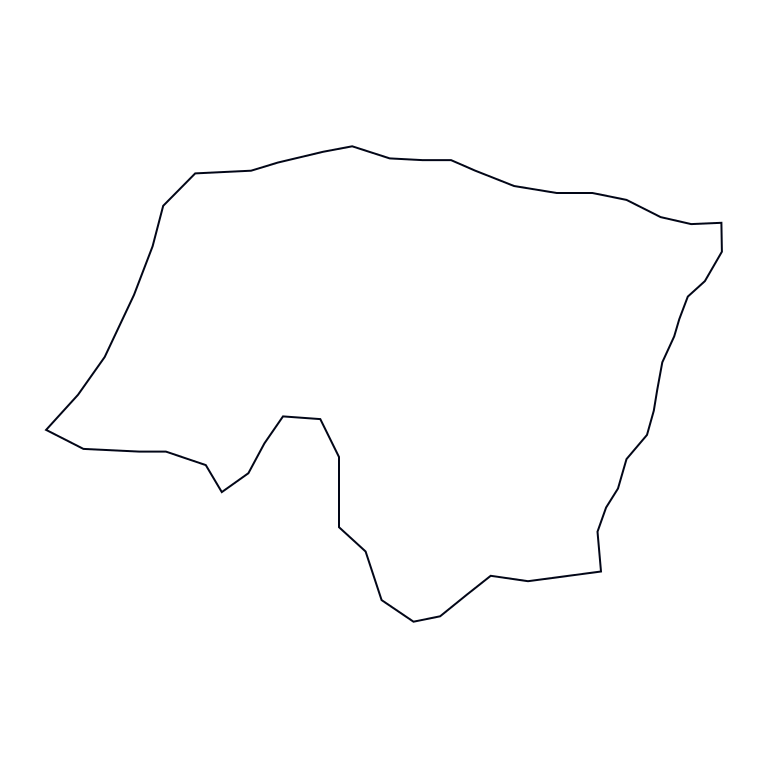 the district of Arnadi, Cyprus
{"feature_id": "46923920B52091218012578", "entity_name": "Arnadi", "entity_type": "district", "adm_level": 2, "iso_a3": "CYP", "parent_name": "Cyprus", "parent_adm1": "", "projection": "natural_earth1", "projection_center": [33.853, 35.234], "detail": "fine", "context": "isolated", "style": "outline", "palette": "ink", "viewbox_px": 768, "rotation_deg": 0, "n_neighbors": 0, "source": "geoboundaries", "source_scale": "gbopen_adm2", "svg_char_len": 808}
<svg xmlns="http://www.w3.org/2000/svg" viewBox="0 0 768 768"><path d="M721.4,222.8L691.2,224.1L660.6,217.1L626.5,199.9L592.4,193.0L556.6,193.0L514.0,186.0L474.8,170.5L451.0,160.1L422.0,160.1L389.7,158.4L352.2,146.3L323.0,151.8L277.7,162.6L251.1,170.7L195.2,173.4L180.5,188.3L163.2,205.8L152.6,246.3L134.0,294.9L104.7,357.0L78.0,394.8L46.1,429.9L83.4,448.9L139.3,451.6L165.9,451.6L205.8,465.1L221.8,492.1L248.4,473.2L264.4,443.4L283.0,416.4L320.3,419.1L339.0,457.0L339.0,497.5L339.0,527.2L365.6,551.5L381.6,600.1L413.5,621.7L440.1,616.3L466.8,594.7L490.7,575.8L528.0,581.2L601.0,571.5L597.5,531.7L606.1,507.5L618.0,488.5L626.5,459.1L647.0,434.9L653.8,410.7L657.2,390.0L662.3,362.3L674.2,336.4L679.3,319.1L687.8,296.6L704.9,281.1L721.9,251.7L721.4,222.8Z" fill="none" stroke="#020617" stroke-width="2"/></svg>